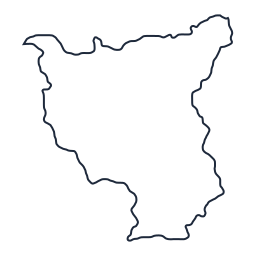 outline of Constanza, La Vega, Dominican Republic
{"feature_id": "3306468B51834332245466", "entity_name": "Constanza", "entity_type": "district", "adm_level": 2, "iso_a3": "DOM", "parent_name": "Dominican Republic", "parent_adm1": "La Vega", "projection": "orthographic", "projection_center": [-70.661, 18.86], "detail": "fine", "context": "isolated", "style": "outline", "palette": "slate", "viewbox_px": 256, "rotation_deg": 0, "n_neighbors": 0, "source": "geoboundaries", "source_scale": "gbopen_adm2", "svg_char_len": 5721}
<svg xmlns="http://www.w3.org/2000/svg" viewBox="0 0 256 256"><path d="M134.6,238.9L136.3,238.8L137.6,238.6L140.0,237.6L141.4,237.3L143.3,237.2L148.7,237.2L150.6,237.1L151.9,236.8L154.0,235.9L154.9,235.7L156.3,235.5L158.7,235.4L161.1,235.6L162.4,236.0L163.5,236.6L165.5,238.2L166.3,238.6L168.1,239.1L170.7,239.3L174.2,239.1L182.2,239.2L184.0,239.2L184.8,239.0L185.6,238.8L187.5,237.7L188.3,237.0L188.5,236.7L188.7,236.0L188.8,235.2L188.6,234.4L188.4,233.7L187.5,232.0L186.7,229.3L185.8,227.4L185.6,226.7L185.7,226.3L186.0,225.7L186.6,225.3L187.2,225.2L189.1,225.1L189.9,224.9L190.6,224.6L191.3,224.2L192.0,223.3L192.9,221.6L195.2,218.4L196.2,216.3L196.7,215.8L197.3,215.4L198.1,215.1L198.9,215.1L199.6,215.3L201.1,216.2L202.3,216.4L203.4,216.4L204.1,216.1L204.8,215.2L205.3,214.0L205.5,213.4L205.4,212.4L204.9,211.1L204.7,210.4L204.6,209.1L204.9,207.9L205.2,207.2L206.2,205.4L206.6,205.0L207.1,204.7L208.2,202.7L209.0,201.8L209.6,201.4L213.4,199.4L214.8,198.8L215.6,198.3L218.3,196.2L220.5,195.2L222.7,194.0L223.2,193.5L223.4,193.2L223.7,192.0L223.6,190.9L223.3,190.1L221.8,187.6L220.7,186.4L220.4,185.7L220.2,184.1L220.2,180.0L220.1,179.2L219.8,178.3L219.1,177.2L216.3,174.2L215.6,173.1L215.1,171.9L214.6,168.7L215.0,166.3L215.0,163.2L214.9,161.6L214.6,160.7L214.0,159.6L213.1,158.6L209.6,155.2L208.2,154.1L206.0,153.0L204.3,151.7L203.2,150.3L202.9,149.5L202.7,147.8L202.7,146.6L203.0,144.9L204.0,142.9L204.7,140.1L205.0,139.3L205.9,137.7L206.5,136.2L207.7,134.2L209.2,131.1L209.4,130.0L209.3,129.2L208.7,128.0L207.5,126.7L205.8,125.2L203.8,123.7L203.3,123.3L203.1,122.9L202.9,122.2L202.6,118.8L202.3,117.7L201.8,117.1L200.0,116.4L199.5,115.9L198.0,113.5L197.7,112.7L197.2,110.3L196.6,109.2L195.2,107.6L193.1,106.0L192.6,105.4L192.3,104.2L192.2,102.9L192.1,95.9L192.2,94.6L192.4,93.4L192.8,92.7L193.0,92.4L195.5,90.9L198.0,89.9L199.9,88.8L200.4,88.3L200.7,87.6L200.9,86.8L201.1,82.8L201.3,82.0L202.0,81.0L202.6,80.6L203.3,80.2L205.6,79.8L206.7,79.2L208.1,78.1L209.2,76.8L210.9,73.3L211.2,72.5L211.6,68.8L211.8,68.0L212.8,65.5L213.3,62.2L213.6,61.0L214.2,59.9L216.1,57.5L217.9,54.1L219.7,50.2L220.2,48.4L220.5,47.7L221.0,47.2L221.7,47.0L224.4,46.7L225.5,46.3L229.1,44.8L231.2,43.5L231.7,43.0L231.9,42.3L231.9,41.6L230.9,39.4L230.8,37.8L231.0,36.6L232.0,34.2L232.2,33.3L232.1,32.1L231.8,30.9L229.4,26.1L229.1,25.3L228.9,24.0L228.6,19.9L228.4,19.1L227.9,18.0L226.6,18.5L225.8,18.5L225.1,18.3L222.0,16.8L220.1,15.4L217.1,15.4L215.4,15.6L212.9,16.6L210.6,17.2L209.8,17.5L208.7,18.4L207.6,19.7L207.1,20.1L204.6,20.9L200.7,22.8L199.1,24.2L197.2,26.6L197.0,26.8L196.3,27.0L195.7,26.9L194.2,26.2L193.5,26.0L192.8,26.0L192.0,26.2L191.4,26.7L190.8,27.6L190.7,28.4L191.0,29.5L191.8,31.0L191.9,31.7L191.8,32.5L191.5,33.2L190.9,33.8L189.9,34.3L188.1,34.5L181.7,34.4L179.2,34.6L178.4,34.8L177.7,35.2L175.0,37.3L174.3,37.6L173.5,37.7L172.4,37.6L171.8,37.2L171.5,36.7L171.0,35.3L170.5,34.9L169.8,34.8L168.9,35.0L164.6,37.2L163.4,37.4L162.3,37.2L160.2,36.3L158.4,36.0L147.1,35.9L144.4,36.1L143.5,36.3L142.8,36.7L139.7,39.0L136.2,40.7L134.9,41.0L131.3,41.1L130.0,41.3L129.2,41.6L126.0,43.1L124.7,44.1L123.5,45.4L122.8,46.4L122.1,47.8L121.4,48.7L120.5,49.4L119.2,49.8L117.0,49.9L114.7,49.6L113.5,49.2L111.8,48.3L108.3,46.6L107.0,46.3L103.5,46.1L102.4,45.8L102.1,45.5L101.7,44.8L101.2,41.5L100.7,40.4L100.2,39.8L99.6,39.3L98.2,38.6L96.6,37.5L95.9,37.3L95.2,37.3L94.7,37.7L94.2,38.6L93.5,40.5L93.5,41.1L94.1,42.8L94.4,44.0L94.6,47.2L94.6,48.5L94.5,49.8L94.2,50.5L93.8,51.2L91.6,52.5L90.5,52.9L88.7,53.1L83.9,53.0L82.0,53.1L80.7,53.4L78.7,54.4L77.4,54.6L75.5,54.7L74.2,54.5L71.2,53.3L67.2,52.7L66.4,52.3L65.7,51.9L64.4,50.7L63.6,49.6L61.0,44.2L60.6,43.5L57.3,39.7L55.9,37.8L55.1,37.1L53.2,35.9L52.6,35.6L51.7,35.4L49.4,35.2L38.5,35.2L36.7,35.3L35.4,35.5L33.3,36.5L30.1,37.2L27.2,38.8L26.5,39.6L24.9,42.2L23.8,44.1L26.5,43.9L30.2,43.8L32.0,43.9L33.3,44.3L34.1,44.7L34.8,45.3L38.2,48.3L38.9,48.8L40.4,49.5L41.4,50.2L42.6,51.3L43.2,52.4L43.2,52.8L43.1,53.4L42.2,55.2L41.7,55.8L40.3,56.7L39.8,57.2L39.3,57.8L38.9,58.5L38.7,59.8L38.6,61.2L38.7,63.0L38.9,64.4L40.1,67.3L40.5,69.9L40.8,71.1L41.0,71.5L41.5,71.9L44.9,74.0L45.4,74.5L46.5,76.4L47.0,77.4L47.2,78.3L47.5,80.5L47.8,81.7L48.3,82.2L49.4,83.0L50.3,83.8L50.8,84.4L51.0,85.2L50.9,86.0L50.5,86.6L49.2,88.5L48.7,89.0L47.5,89.4L44.2,89.5L43.5,89.6L42.9,90.0L42.5,90.6L42.5,91.0L42.7,91.6L43.5,93.6L43.8,95.4L43.9,98.2L43.9,104.9L44.0,107.3L44.3,108.6L45.3,110.7L45.6,112.4L45.6,113.8L45.3,115.2L44.2,117.6L44.0,118.4L43.9,119.6L44.2,120.8L44.9,121.8L45.5,122.3L47.9,123.5L50.4,125.0L50.8,125.6L52.2,127.8L54.0,131.7L54.2,133.1L54.6,136.2L55.8,139.1L56.3,143.3L56.6,144.1L57.4,145.1L58.3,146.1L59.3,146.9L63.2,148.8L66.4,149.6L68.1,150.4L68.9,150.6L70.2,150.8L73.3,151.0L74.1,151.1L74.8,151.5L75.3,152.0L76.6,154.3L76.8,155.0L77.4,157.8L79.1,161.4L79.8,162.6L82.4,165.2L83.2,166.2L83.7,166.9L85.4,170.4L86.0,173.2L87.1,175.7L87.6,178.1L88.0,179.3L88.7,180.4L89.6,181.3L90.7,182.5L91.7,183.3L92.7,183.6L93.4,183.5L96.1,182.4L98.1,181.2L101.6,179.5L102.8,179.2L104.5,179.1L106.7,179.2L107.9,179.4L110.4,180.6L113.1,181.3L115.2,182.2L116.4,182.6L118.2,182.7L122.3,182.8L123.6,183.0L124.4,183.3L125.1,183.8L126.7,185.4L127.4,186.5L128.3,188.6L129.9,191.1L133.9,193.6L134.4,194.1L135.8,196.3L136.2,197.4L136.4,199.1L136.4,200.4L136.1,202.0L134.3,205.5L132.2,208.1L131.7,208.8L131.5,209.6L131.4,210.4L131.8,211.5L133.2,214.2L136.1,218.0L137.7,221.1L137.9,221.9L137.9,222.7L137.5,223.8L136.2,225.9L135.6,226.3L133.7,227.0L132.9,227.7L131.8,229.6L131.5,230.3L131.3,231.1L131.0,233.5L130.7,234.5L130.3,235.1L128.9,236.1L128.1,236.9L127.8,237.6L127.6,238.7L127.7,239.5L128.1,240.1L128.8,240.5L129.5,240.6L130.3,240.6L131.1,240.4L133.1,239.3L134.6,238.9Z" fill="none" stroke="#1e293b" stroke-width="2"/></svg>